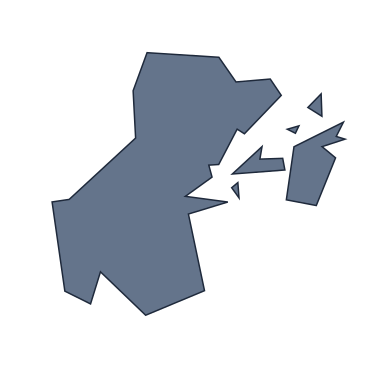 map outline of Kumamoto (Equal Earth projection), rotated 197°
{"feature_id": "JPN-1830", "entity_name": "Kumamoto", "entity_type": "Prefecture", "adm_level": 1, "iso_a3": "JPN", "parent_name": "Japan", "parent_adm1": "", "projection": "equal_earth", "projection_center": [130.522, 32.636], "detail": "coarse", "context": "isolated", "style": "filled", "palette": "slate", "viewbox_px": 384, "rotation_deg": 197, "n_neighbors": 0, "source": "natural_earth", "source_scale": "10m", "svg_char_len": 761}
<svg xmlns="http://www.w3.org/2000/svg" viewBox="0 0 384 384"><g transform="rotate(197 192 192)"><path d="M134.9,310.5L158.9,263.0L167.2,265.3L174.5,226.1L183.8,222.6L177.2,212.1L197.1,185.9L154.8,192.9L189.0,169.9L151.2,101.3L200.3,60.6L256.2,88.9L256.3,55.3L284.6,60.0L322.9,141.6L307.3,149.0L261.7,227.1L277.9,271.6L275.7,312.1L205.7,328.7L182.1,310.1L150.2,322.9L134.9,310.5ZM99.5,212.1L107.7,265.1L67.6,303.1L70.3,287.3L61.1,287.3L80.9,273.4L64.7,266.6L69.2,215.4L99.5,212.1ZM109.6,240.2L158.7,221.0L138.3,255.9L136.7,243.3L115.1,250.7L109.6,240.2ZM89.9,302.4L105.9,306.7L97.2,323.6L89.9,302.4ZM145.3,200.1L155.3,207.7L150.9,214.4L145.3,200.1ZM110.3,278.4L119.2,279.9L109.1,286.5L110.3,278.4Z" fill="#64748b" stroke="#1e293b" stroke-width="1.5"/></g></svg>